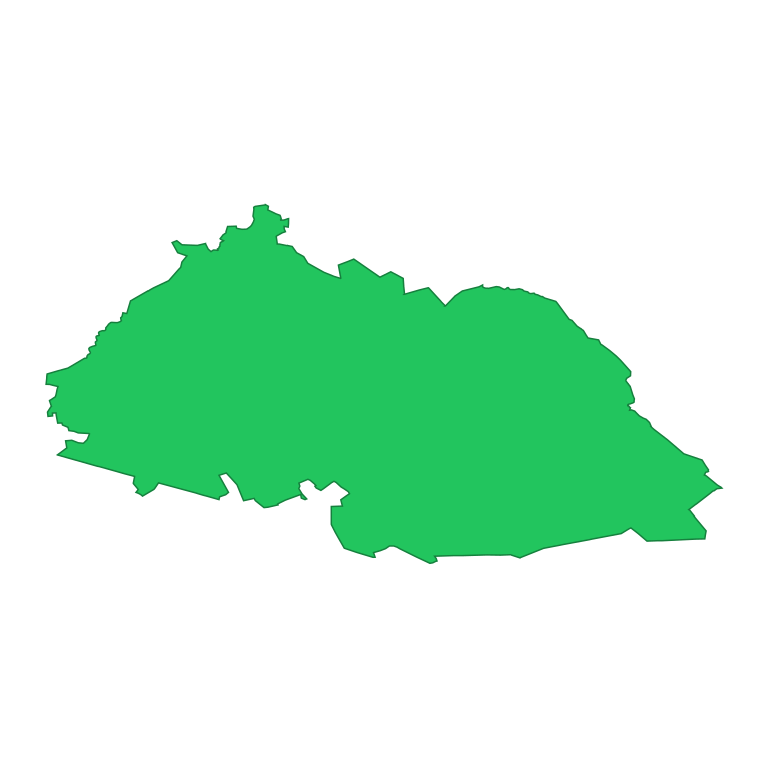 the district of Lēdmanes pag., Lielvardes, Latvia
{"feature_id": "27541924B44390413631037", "entity_name": "Lēdmanes pag.", "entity_type": "district", "adm_level": 2, "iso_a3": "LVA", "parent_name": "Latvia", "parent_adm1": "Lielvardes", "projection": "robinson", "projection_center": [24.989, 56.772], "detail": "fine", "context": "isolated", "style": "filled", "palette": "green", "viewbox_px": 768, "rotation_deg": 0, "n_neighbors": 0, "source": "geoboundaries", "source_scale": "gbopen_adm2", "svg_char_len": 6002}
<svg xmlns="http://www.w3.org/2000/svg" viewBox="0 0 768 768"><path d="M264.0,507.6L267.9,507.2L278.0,504.9L277.6,504.0L278.7,503.4L285.4,500.1L300.7,494.5L301.3,498.1L305.0,499.6L306.7,498.9L302.1,494.0L298.8,488.6L299.8,486.2L299.8,485.9L299.3,484.4L298.9,483.1L307.9,479.3L310.2,480.3L314.4,483.9L315.9,485.5L314.9,486.2L316.2,488.0L320.9,490.4L323.3,488.8L331.9,482.4L332.4,482.2L333.9,481.3L335.0,481.8L336.2,482.5L341.1,487.0L344.4,489.0L347.9,491.4L348.2,491.6L349.5,493.7L346.4,495.8L340.8,499.8L342.4,506.1L331.3,506.5L331.3,524.0L331.4,524.7L335.2,532.2L338.0,537.2L344.3,548.2L356.7,552.4L372.6,557.2L373.2,557.3L375.1,557.2L373.5,552.6L380.2,550.7L385.6,548.6L389.4,546.0L393.8,546.0L397.2,547.2L399.7,548.7L416.1,556.8L429.9,563.3L432.8,562.8L435.8,561.3L437.0,561.0L436.2,558.6L434.6,556.2L453.2,555.6L462.1,555.6L486.9,554.9L500.5,555.1L510.8,554.7L511.5,555.1L520.0,557.9L520.1,557.7L543.6,548.3L554.0,546.3L558.3,545.5L563.2,544.5L589.3,539.7L591.9,539.1L617.9,534.2L621.2,533.6L628.7,529.0L630.9,527.9L638.0,533.4L647.0,541.1L657.8,540.7L662.2,540.7L695.4,539.1L704.8,538.9L705.4,534.8L706.1,530.9L694.1,516.5L694.4,516.1L689.6,510.0L688.8,509.6L695.9,504.2L696.2,504.1L709.9,493.5L712.8,491.1L714.2,490.7L716.3,489.1L717.0,488.7L721.9,488.1L721.0,487.2L719.2,486.2L717.4,485.1L706.9,476.4L705.5,475.4L704.4,475.0L705.5,472.6L706.1,472.1L707.4,471.9L708.3,471.5L708.0,471.2L708.5,469.9L705.2,465.1L702.1,460.0L699.0,459.0L683.8,453.8L680.9,451.3L667.7,440.0L654.1,429.5L652.5,428.1L650.8,426.4L651.1,426.2L649.5,422.5L646.2,419.3L643.2,418.1L639.2,415.8L635.6,412.1L634.7,411.1L631.4,409.9L629.6,410.2L630.3,408.1L630.2,407.8L630.3,407.7L629.6,407.3L629.6,407.1L629.3,407.0L629.2,406.7L629.1,406.3L628.7,406.1L628.6,405.9L627.8,405.8L627.7,405.4L627.8,404.8L628.2,404.4L628.5,404.4L628.9,404.1L629.2,404.0L629.8,404.0L633.1,402.8L634.0,402.2L634.1,401.9L634.1,400.5L634.4,398.9L632.8,394.9L630.2,386.5L629.8,385.9L628.1,383.8L628.1,383.6L627.7,383.3L625.9,380.8L625.8,380.1L625.9,379.9L626.8,378.2L630.5,375.8L630.7,371.6L620.5,360.2L616.2,356.0L609.6,350.5L602.1,345.0L601.1,344.5L600.9,344.5L598.6,339.9L588.0,338.0L586.0,334.9L583.3,330.4L582.5,330.0L580.9,328.6L579.9,328.1L577.1,326.2L572.0,320.4L569.1,319.3L557.3,303.2L555.8,301.4L544.5,298.0L543.5,297.2L542.2,296.5L541.2,296.6L537.8,294.9L536.0,294.5L535.1,294.4L534.5,293.4L534.0,293.2L530.8,293.6L530.0,293.5L528.8,293.0L527.8,291.9L525.0,291.3L523.8,290.9L522.5,289.7L519.6,288.9L519.1,288.8L514.7,289.6L510.1,289.5L509.2,288.9L508.6,287.9L508.2,287.6L507.2,287.7L506.0,288.8L504.5,289.4L503.7,289.2L499.3,287.0L496.3,286.6L488.4,288.4L487.8,288.2L485.8,288.2L484.2,287.8L483.2,287.2L482.7,286.9L482.6,286.5L482.6,285.0L479.1,286.8L462.3,291.0L454.9,296.1L454.4,296.7L445.8,305.6L445.3,306.0L445.0,306.0L445.2,305.8L441.4,302.0L441.1,301.6L440.7,301.1L428.5,287.8L428.1,287.8L418.9,290.1L414.8,291.3L404.4,294.3L404.2,294.3L404.5,294.0L403.8,287.0L403.7,286.8L403.7,285.8L403.2,278.4L390.8,271.8L379.9,277.2L353.8,259.1L348.2,261.4L338.4,265.1L340.8,278.2L340.6,278.4L334.0,276.4L323.9,272.3L307.8,263.3L303.7,256.6L296.6,252.7L292.2,246.5L287.5,245.5L287.3,245.4L286.9,245.6L279.5,244.1L277.2,244.0L277.2,243.3L276.2,236.4L276.9,235.8L282.3,232.8L285.4,231.7L284.2,228.9L284.1,226.4L288.2,227.1L288.5,223.7L288.6,218.6L287.6,218.8L284.8,219.8L283.6,220.1L281.0,220.1L280.7,220.1L280.6,219.8L281.1,219.4L281.2,218.8L280.6,216.7L280.0,215.3L276.1,213.9L267.8,209.9L268.4,206.3L265.5,204.7L265.5,204.9L255.1,206.4L253.7,207.3L253.9,209.4L253.0,216.2L254.3,219.2L253.3,222.1L252.0,224.4L252.0,224.6L251.2,225.7L250.0,226.9L247.0,229.0L246.0,229.2L241.9,229.3L236.8,228.4L236.6,228.3L236.5,228.0L236.2,226.2L227.6,226.5L226.0,231.6L226.2,231.9L226.2,232.3L225.8,233.0L222.8,235.1L222.1,236.2L220.1,238.7L220.3,239.0L221.7,239.9L223.6,240.7L223.0,241.2L221.0,242.1L221.0,242.3L220.3,242.7L220.3,243.2L220.1,243.9L219.9,244.8L220.0,246.1L219.2,246.8L218.9,248.0L217.4,249.0L217.5,249.5L218.1,249.9L218.0,250.3L217.7,250.4L215.3,250.1L213.6,250.0L212.6,250.5L211.0,251.6L208.2,249.1L205.5,243.8L205.5,243.5L197.4,245.4L182.0,244.8L176.8,240.7L172.1,242.6L177.7,252.7L186.9,255.9L182.1,261.8L181.9,262.1L180.7,267.4L179.0,269.0L168.7,280.7L153.5,287.9L149.4,290.2L149.3,290.4L148.1,291.1L147.9,290.9L130.5,300.9L126.8,313.5L122.9,312.8L122.0,316.6L120.7,317.8L120.8,318.9L121.4,320.7L121.0,320.9L120.2,321.6L119.9,321.8L117.5,322.6L115.7,322.6L112.1,322.4L111.2,322.4L110.7,322.6L110.3,322.8L110.0,323.1L108.6,324.2L107.2,326.2L106.8,326.6L105.7,328.0L105.8,328.6L105.9,328.9L105.9,329.2L105.6,329.8L105.2,330.3L104.6,330.6L104.2,330.7L103.8,330.8L103.1,330.6L102.0,330.8L99.8,331.5L98.9,332.1L98.6,332.7L98.6,333.1L99.0,334.6L99.3,335.0L99.3,335.3L99.2,335.4L96.7,336.0L96.3,336.3L96.1,336.6L96.1,337.7L96.4,338.6L96.8,339.4L97.0,340.5L96.8,340.8L95.4,342.0L95.4,343.0L95.9,345.1L95.6,345.5L92.3,346.4L89.9,347.4L88.9,348.4L89.0,349.9L90.2,352.0L90.4,352.9L89.6,353.9L89.3,354.1L88.4,354.3L88.0,354.7L87.3,355.5L86.9,356.6L86.9,357.1L86.9,357.7L86.1,358.2L84.5,358.3L67.9,368.1L58.4,370.7L47.1,374.0L46.8,376.4L46.7,378.7L46.1,384.3L49.6,384.4L52.9,385.3L58.0,386.5L57.1,389.4L56.1,394.4L55.3,396.8L51.0,399.7L49.5,400.5L49.5,400.8L50.1,402.4L51.4,406.4L51.1,406.5L47.5,412.1L48.0,416.4L52.6,415.9L52.4,413.1L56.0,412.9L56.3,415.6L57.7,423.1L61.9,423.0L62.5,425.0L68.0,427.3L68.9,430.6L74.0,431.3L78.2,432.9L89.0,433.5L89.5,433.9L87.2,439.6L83.4,443.3L78.3,442.8L71.8,440.3L65.6,440.8L66.8,448.0L66.7,448.1L65.7,448.7L61.2,452.1L57.4,454.9L57.6,455.0L97.6,466.3L99.3,466.6L116.4,471.4L124.4,473.7L134.6,476.4L134.6,476.5L133.6,481.7L133.3,483.1L133.4,483.6L138.2,489.4L137.4,490.6L136.0,492.4L137.4,492.9L139.4,493.8L141.3,495.0L142.5,496.1L153.9,489.4L154.7,488.5L158.5,482.9L195.6,492.9L198.1,493.7L203.5,495.3L206.3,496.0L219.0,499.6L219.6,496.8L225.7,494.7L228.5,492.4L219.0,475.3L226.3,473.0L231.3,478.4L237.0,484.7L243.6,500.7L254.1,498.4L255.3,500.6L264.0,507.6Z" fill="#22c55e" stroke="#15803d" stroke-width="1.5"/></svg>